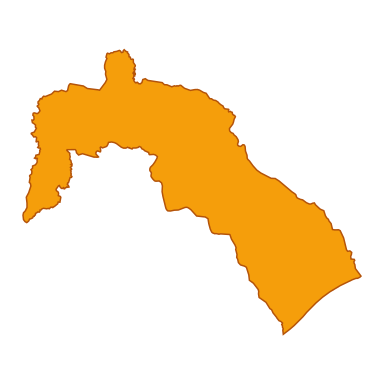 the district of Fatuberliu, Manufahi, East Timor
{"feature_id": "22284137B51170089916625", "entity_name": "Fatuberliu", "entity_type": "district", "adm_level": 2, "iso_a3": "TLS", "parent_name": "East Timor", "parent_adm1": "Manufahi", "projection": "robinson", "projection_center": [125.892, -8.981], "detail": "fine", "context": "isolated", "style": "filled", "palette": "amber", "viewbox_px": 384, "rotation_deg": 0, "n_neighbors": 0, "source": "geoboundaries", "source_scale": "gbopen_adm2", "svg_char_len": 5833}
<svg xmlns="http://www.w3.org/2000/svg" viewBox="0 0 384 384"><path d="M283.3,334.3L289.9,329.2L294.2,325.5L302.9,316.8L306.7,312.3L315.9,303.0L322.4,297.3L329.9,291.8L340.2,285.6L352.4,279.7L355.9,278.4L357.7,278.3L359.9,277.2L361.0,276.1L355.4,268.6L354.8,264.5L354.1,263.2L353.9,261.6L354.7,260.5L354.3,259.4L351.0,259.0L350.7,256.2L351.4,254.6L351.7,252.4L349.9,250.9L347.7,251.3L346.5,249.8L343.6,237.9L340.2,230.7L338.7,229.8L334.7,229.9L332.5,229.5L331.1,223.6L328.9,220.8L328.4,219.3L326.7,217.9L325.4,215.7L323.8,210.7L320.3,209.2L318.8,207.9L315.5,204.8L314.4,202.9L312.7,203.2L310.8,204.0L309.4,204.0L306.4,202.7L302.7,199.9L300.2,199.3L297.3,198.0L296.5,196.9L295.8,194.7L294.7,193.7L291.9,191.8L279.1,181.0L275.2,178.5L271.1,178.3L260.8,173.0L256.8,170.1L252.9,165.7L249.4,160.9L247.8,159.4L247.2,158.2L247.0,155.2L245.5,151.1L245.1,146.6L244.5,145.3L244.1,144.9L242.9,144.7L240.7,146.4L238.8,146.1L237.7,145.2L237.6,143.9L238.4,141.6L238.0,139.7L236.2,136.7L234.1,135.0L233.1,133.4L231.2,132.6L229.8,131.1L229.5,130.1L229.5,128.4L232.7,124.2L233.5,122.0L234.1,119.3L235.4,116.7L234.6,115.4L233.8,115.3L232.6,114.2L232.2,112.3L231.4,112.2L230.5,111.4L228.7,111.8L228.4,111.0L228.8,109.6L228.6,109.3L224.8,108.8L223.7,107.7L223.0,106.0L221.1,104.9L219.1,103.3L218.0,102.0L215.7,100.5L213.4,100.1L211.6,98.8L209.7,98.6L206.2,93.3L203.4,92.4L199.5,90.1L197.4,89.5L194.8,89.6L190.4,90.4L184.5,88.3L180.8,85.3L179.6,85.4L178.1,86.1L177.0,85.7L176.0,86.2L174.4,85.8L171.8,86.8L167.0,84.8L164.4,84.7L162.2,82.6L147.8,80.4L145.3,78.7L142.8,79.5L141.9,82.6L140.2,83.9L138.5,83.6L137.9,82.7L137.1,82.2L136.0,82.9L135.4,82.7L133.9,80.8L133.8,80.2L134.4,79.3L134.3,78.9L133.3,78.9L132.9,78.4L133.7,77.1L133.9,75.3L134.7,75.8L134.8,75.3L134.2,74.8L134.1,74.3L135.3,74.2L135.3,73.6L134.6,72.4L133.3,73.6L133.0,73.2L133.4,72.3L134.7,71.0L134.0,69.6L134.4,69.2L135.1,69.5L135.3,69.2L134.1,68.2L135.2,66.3L135.3,65.4L133.4,62.6L133.3,59.5L132.8,59.1L131.3,59.4L130.7,59.0L130.4,57.4L130.1,57.0L129.1,56.8L128.9,54.4L127.5,52.9L127.6,52.0L125.7,51.2L124.2,49.7L123.3,50.6L123.0,52.1L121.7,52.6L121.3,52.4L120.5,51.1L119.4,50.4L116.6,51.4L113.9,51.8L112.8,52.8L111.0,52.8L109.5,53.8L107.5,53.2L106.9,53.8L106.0,57.2L106.9,58.5L105.5,61.7L104.6,65.2L104.6,66.5L104.6,68.2L105.8,71.4L105.5,74.1L105.7,75.0L106.9,79.4L105.3,82.6L99.6,90.2L98.0,89.8L87.3,88.5L83.4,86.0L70.2,83.7L69.3,84.6L68.6,85.9L67.6,90.5L66.0,91.6L61.5,90.2L58.5,91.6L54.5,91.2L51.6,94.0L45.4,96.5L43.6,96.2L42.2,97.7L41.9,98.9L40.3,98.6L39.3,100.6L38.1,101.7L38.0,103.2L38.8,104.0L38.6,104.7L37.2,106.1L37.7,106.9L38.7,107.7L40.0,110.8L38.8,112.5L37.6,113.5L36.5,113.5L34.6,112.9L33.4,113.1L33.0,113.9L32.9,115.3L33.9,116.4L34.0,119.2L33.4,120.1L31.9,120.1L32.4,122.7L33.5,123.3L35.5,125.0L35.4,127.2L36.4,128.2L34.3,132.0L31.4,133.1L31.2,133.8L32.5,135.1L33.8,137.0L35.5,136.7L36.6,137.7L36.1,141.7L36.5,141.9L37.7,141.4L38.3,141.5L38.5,142.2L38.4,144.9L38.8,145.7L38.7,146.2L37.7,147.4L38.3,147.9L40.2,148.2L40.5,149.3L39.7,150.3L39.9,151.3L39.1,154.4L35.9,155.2L35.4,157.3L34.5,158.1L35.5,158.7L37.0,158.2L37.4,158.6L37.0,159.8L37.2,161.5L37.0,162.6L35.5,164.8L32.6,166.0L32.5,168.3L31.0,169.6L31.9,171.2L31.7,173.6L31.4,174.2L29.7,175.5L29.6,176.0L30.1,177.4L29.3,182.4L30.4,183.5L30.9,186.0L28.7,192.7L26.3,197.2L27.0,203.1L27.0,207.5L25.3,210.9L23.5,212.8L23.0,215.2L23.5,219.6L25.0,221.6L26.7,222.6L27.3,222.2L28.7,221.0L29.6,219.1L30.6,218.9L32.6,217.9L33.4,216.3L34.2,216.3L34.6,215.5L35.4,214.9L35.5,213.4L36.8,212.8L37.6,212.0L39.3,212.1L39.9,211.5L40.1,210.0L41.2,209.9L42.1,208.8L43.5,208.3L46.7,208.8L48.2,208.4L49.2,208.8L51.0,207.1L52.7,207.6L53.1,207.4L53.2,206.9L54.3,206.6L57.7,203.8L58.2,202.0L59.9,202.2L60.8,197.4L60.4,196.5L58.3,195.6L58.6,193.7L58.3,192.2L56.4,190.6L56.1,189.7L56.1,189.2L58.5,185.8L59.4,185.5L60.0,186.9L61.4,188.4L62.3,188.5L63.5,187.7L64.1,188.9L64.7,188.8L65.3,187.8L66.2,187.6L67.0,186.8L67.6,187.3L69.0,187.0L68.7,186.1L67.3,184.2L67.7,183.9L67.7,182.9L68.5,182.6L70.1,177.5L71.5,177.4L71.9,176.5L70.9,175.5L71.3,173.9L70.8,173.1L71.1,171.7L70.5,170.1L71.3,169.8L71.7,169.1L70.4,167.4L72.0,165.9L71.9,165.3L71.1,164.7L71.9,164.5L72.1,164.1L71.5,163.3L70.8,160.4L69.6,159.3L70.2,156.8L69.7,154.8L69.8,153.3L67.6,151.2L66.8,150.2L67.1,149.7L75.2,149.6L76.0,150.5L76.5,152.8L78.6,155.0L82.5,153.7L93.9,157.1L98.0,157.2L98.5,156.9L95.9,154.0L95.9,152.6L96.5,151.5L97.7,150.9L100.1,151.9L100.5,151.7L100.7,150.5L100.2,147.5L100.6,147.1L100.9,147.0L102.5,147.9L106.0,146.7L106.8,146.2L107.8,144.6L108.5,142.4L111.6,142.0L114.4,142.6L116.5,143.6L121.3,147.2L123.5,148.1L125.9,148.1L127.7,147.2L128.6,147.8L129.5,147.7L129.6,148.1L132.1,149.0L132.9,148.0L135.9,148.0L138.2,147.4L139.2,146.5L140.1,146.8L141.1,147.4L141.7,148.7L143.6,149.6L144.6,150.7L148.6,152.5L149.2,154.5L149.6,154.7L153.6,154.4L155.5,155.0L157.4,156.6L156.9,158.4L154.9,162.0L152.9,164.8L150.4,167.3L149.8,169.0L149.9,170.7L151.1,172.3L151.4,173.1L151.0,175.7L151.1,176.6L152.8,179.0L154.5,180.8L155.8,181.2L159.2,181.0L161.5,182.8L162.4,185.8L162.1,191.7L163.0,196.6L165.6,207.2L166.1,208.8L167.1,210.3L167.9,210.9L170.5,211.0L174.3,210.2L178.4,210.0L185.1,207.4L186.9,207.3L188.3,207.8L190.9,209.7L196.6,216.0L205.3,217.0L208.0,218.7L208.8,223.7L210.3,229.2L211.7,232.1L212.6,232.9L214.6,233.7L216.3,233.6L218.9,234.2L220.7,233.9L229.7,234.5L230.0,234.8L231.4,239.0L235.1,245.2L235.9,247.3L236.1,247.8L235.7,249.5L237.0,254.5L236.7,257.4L237.7,259.3L238.4,262.6L240.5,264.9L244.6,266.2L246.4,267.3L248.8,274.9L249.4,280.3L253.4,283.2L258.2,289.5L258.7,291.4L258.5,293.9L259.1,297.5L266.0,302.3L269.9,308.6L271.6,309.7L273.1,313.0L276.4,317.1L277.1,318.3L279.0,320.7L280.9,321.5L282.5,323.0L282.4,323.7L281.8,324.2L281.7,324.7L282.4,325.5L282.5,327.3L283.2,328.7L283.2,329.2L282.8,329.9L283.3,334.3Z" fill="#f59e0b" stroke="#b45309" stroke-width="1.5"/></svg>